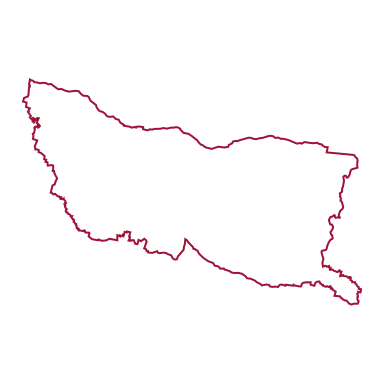 Don Chedi, Suphan Buri, Thailand (Robinson projection)
{"feature_id": "78962969B69423303850724", "entity_name": "Don Chedi", "entity_type": "district", "adm_level": 2, "iso_a3": "THA", "parent_name": "Thailand", "parent_adm1": "Suphan Buri", "projection": "robinson", "projection_center": [99.955, 14.648], "detail": "fine", "context": "isolated", "style": "outline", "palette": "rose", "viewbox_px": 384, "rotation_deg": 0, "n_neighbors": 0, "source": "geoboundaries", "source_scale": "gbopen_adm2", "svg_char_len": 5936}
<svg xmlns="http://www.w3.org/2000/svg" viewBox="0 0 384 384"><path d="M248.7,137.7L240.0,140.1L237.3,141.2L235.5,140.9L232.9,141.6L232.1,143.4L228.9,144.9L228.2,146.8L224.6,147.5L218.2,146.7L211.8,148.9L205.6,147.4L202.2,144.9L201.0,144.7L199.2,143.0L197.2,140.3L191.9,136.1L188.6,133.9L183.5,132.8L180.2,129.4L180.2,128.8L178.4,127.6L175.8,127.1L173.9,127.7L171.2,127.6L166.6,128.7L163.5,128.0L160.1,128.8L154.5,128.9L152.3,129.6L149.6,129.3L148.6,130.1L146.8,130.2L143.1,129.2L142.9,128.7L143.2,127.1L138.8,126.5L136.1,126.8L136.1,127.5L133.4,127.1L131.7,127.7L129.7,126.7L123.8,125.7L124.0,124.8L120.4,122.8L118.7,119.7L115.8,119.0L113.1,116.4L109.4,116.9L107.7,116.5L106.4,115.6L105.2,113.8L102.6,111.9L100.2,111.3L98.8,110.4L96.7,107.5L95.9,104.9L90.8,101.0L89.9,99.7L88.9,97.2L87.4,96.0L83.2,95.7L80.6,93.6L78.9,91.3L75.8,90.8L68.9,91.6L65.6,90.8L61.5,89.0L58.0,89.2L50.9,83.9L48.4,84.4L46.1,83.1L43.2,82.8L39.8,83.3L37.0,82.4L34.5,82.2L33.1,80.8L31.2,80.3L30.0,79.5L29.0,84.8L29.9,85.5L29.6,87.0L29.1,87.0L28.4,95.2L27.8,96.5L24.1,97.9L23.0,101.5L26.6,102.6L26.0,106.9L29.8,108.4L28.2,111.2L28.6,111.4L28.1,112.1L30.9,116.1L29.8,117.4L32.0,119.6L33.1,117.9L34.2,118.7L32.6,121.4L33.9,122.5L35.9,119.2L36.7,119.9L37.4,118.0L38.7,118.2L36.7,122.9L38.7,124.4L39.9,126.0L39.1,126.9L38.7,126.5L38.0,127.4L37.4,126.1L37.0,126.9L35.9,126.5L34.8,127.0L34.4,127.7L34.8,127.8L34.9,128.9L34.1,133.0L32.8,133.8L33.5,135.8L32.9,138.9L37.2,140.5L34.8,146.3L35.4,149.5L36.9,149.3L38.8,150.1L38.5,152.0L41.3,153.2L44.6,156.1L44.2,159.3L46.2,159.7L45.5,161.9L47.4,162.2L47.8,165.6L51.6,165.1L53.1,165.5L53.2,168.2L52.7,170.9L54.1,171.0L54.1,172.1L55.2,174.8L57.1,178.4L55.5,181.6L54.7,184.5L53.1,185.0L52.4,185.8L50.7,192.7L52.0,193.0L53.3,194.4L55.0,193.8L57.7,196.2L59.0,196.4L59.3,197.1L60.5,197.1L60.1,198.0L60.3,198.5L61.4,197.6L61.5,198.3L61.2,199.0L63.1,199.2L63.7,198.6L63.8,199.5L65.0,200.5L65.5,201.4L65.4,202.7L66.0,203.1L65.3,203.7L64.6,203.5L64.4,203.8L64.6,204.7L65.4,205.6L64.9,206.1L65.3,207.6L66.7,209.0L66.7,209.6L65.9,210.1L65.7,210.8L66.0,212.0L66.9,212.6L67.6,212.5L67.9,213.7L70.0,214.6L70.7,215.6L70.6,216.2L71.6,216.6L71.8,216.1L72.2,216.1L71.5,217.5L72.7,219.1L73.4,219.2L73.3,219.9L74.1,220.2L73.7,222.1L74.7,222.6L75.3,223.8L76.1,224.0L75.8,224.8L76.8,225.8L76.5,226.5L76.6,228.0L77.8,228.2L77.8,229.2L78.7,229.1L78.6,230.2L79.0,230.6L79.7,230.4L83.7,231.2L84.1,230.4L84.8,230.5L85.5,232.5L89.2,232.7L89.5,233.2L88.6,236.3L91.9,239.1L96.8,240.1L98.4,240.2L98.6,239.5L101.8,240.8L106.0,240.4L109.6,238.8L117.3,240.3L117.4,235.2L120.0,236.4L120.0,235.4L123.2,236.3L123.0,234.8L123.9,235.1L124.6,231.9L126.7,232.5L126.9,231.5L130.3,232.3L129.1,236.6L130.1,237.3L128.6,240.6L130.7,240.8L130.8,240.2L133.7,240.2L135.3,243.8L137.4,244.2L138.6,239.9L141.0,241.2L144.3,238.8L145.7,239.9L146.7,241.6L144.2,248.4L146.0,249.2L146.6,251.0L148.0,251.1L148.1,252.5L152.3,252.9L157.1,251.2L157.9,252.7L159.6,253.2L163.3,252.6L166.3,253.1L167.5,254.0L171.2,255.3L172.7,258.2L173.8,259.1L175.2,259.6L176.9,259.2L177.9,256.4L183.6,249.8L184.0,246.5L184.5,245.6L184.9,243.4L185.3,239.2L187.2,240.5L188.1,242.1L192.4,246.5L193.1,247.3L193.4,248.8L195.1,249.1L196.0,250.0L197.6,250.7L199.0,253.6L203.1,257.7L208.2,261.2L213.1,263.0L214.7,265.7L217.6,266.2L219.3,267.2L219.8,268.3L220.4,268.7L223.9,268.5L224.3,269.4L229.3,271.0L231.8,272.6L234.6,273.0L238.8,272.9L240.3,273.5L241.5,273.5L245.8,276.4L246.9,278.2L250.8,278.8L254.6,280.4L256.8,282.2L260.4,284.0L261.9,285.4L266.5,284.5L269.2,285.1L270.0,286.5L272.6,286.9L275.6,286.6L278.0,287.0L279.6,285.0L281.5,284.5L285.4,285.7L285.6,284.7L293.4,285.7L293.6,284.8L294.7,285.5L299.6,286.5L301.2,286.3L301.7,284.2L303.1,282.8L307.0,282.2L307.3,282.5L310.6,282.2L310.6,284.7L314.3,285.8L315.1,283.6L315.9,282.4L317.2,281.7L319.4,281.5L320.2,283.5L320.9,283.5L321.7,284.6L322.7,285.5L323.1,285.1L323.9,286.2L326.3,286.8L327.1,286.2L329.1,287.1L330.0,286.2L330.8,286.4L330.8,288.5L332.2,288.3L332.5,288.6L332.2,289.4L335.7,291.6L334.5,295.8L340.2,296.4L340.6,297.6L342.4,298.7L342.7,299.3L344.8,300.4L346.6,300.6L349.0,303.5L351.3,304.5L353.9,303.7L357.8,303.7L358.7,301.2L357.7,300.2L357.4,299.0L357.5,296.8L357.9,296.8L358.0,296.1L357.2,293.7L358.8,292.3L358.6,292.0L360.4,292.4L361.0,290.5L360.6,290.3L360.8,289.1L358.7,288.8L358.8,287.2L357.7,286.6L356.2,284.2L355.3,283.6L355.1,282.2L352.2,282.2L351.9,280.7L350.3,279.9L350.6,278.2L351.5,278.1L350.7,277.8L350.5,277.1L349.7,277.0L349.5,277.8L348.6,277.5L348.4,277.8L346.8,276.4L343.1,275.9L343.0,275.1L340.6,275.5L340.6,276.2L340.1,276.2L341.4,271.7L339.8,271.6L339.8,270.6L339.4,270.3L337.5,272.1L333.6,270.6L332.6,269.6L331.4,269.3L330.8,269.9L329.9,269.7L330.5,267.6L328.9,267.4L328.9,266.0L326.7,266.7L325.9,265.9L324.8,265.9L323.0,266.7L322.4,262.7L323.4,259.0L321.5,252.3L321.6,251.4L322.2,250.7L325.3,250.1L326.4,249.4L327.5,245.2L329.0,241.9L330.5,239.8L332.3,238.9L332.7,238.3L332.2,235.3L331.2,234.6L330.4,232.2L332.1,229.9L333.1,227.7L333.0,226.7L331.9,224.5L330.5,224.5L330.1,224.2L329.0,220.4L329.1,219.4L330.5,217.0L332.1,216.7L334.3,215.1L334.7,215.3L335.0,216.9L335.6,217.8L337.7,217.4L339.7,217.7L339.7,217.1L338.8,215.6L338.8,214.6L340.2,210.9L342.2,209.2L343.0,207.9L343.2,206.3L342.7,205.4L342.3,203.2L341.4,201.3L340.5,200.7L340.9,198.0L339.9,196.7L340.4,195.0L339.8,193.7L340.1,193.0L341.9,192.0L342.1,191.5L342.1,188.6L343.0,186.6L344.0,180.8L343.3,177.1L344.3,175.8L345.1,175.6L345.9,175.9L346.7,177.6L347.9,177.5L349.7,174.6L350.5,171.0L351.2,169.8L352.2,169.2L357.5,167.7L357.1,165.0L357.6,160.3L357.1,158.6L355.0,156.5L354.4,155.3L353.2,154.9L326.7,152.4L327.7,147.2L324.8,147.0L323.0,145.8L321.7,144.4L318.9,143.9L317.4,142.8L312.4,143.2L304.4,142.1L301.7,143.7L300.6,143.0L296.9,143.6L288.0,139.9L283.0,138.7L281.5,139.0L278.2,137.6L275.3,137.9L273.0,136.2L271.0,135.8L268.6,136.0L262.7,137.9L260.1,138.1L256.1,139.2L252.9,138.7L251.3,137.9L248.7,137.7Z" fill="none" stroke="#9f1239" stroke-width="2"/></svg>